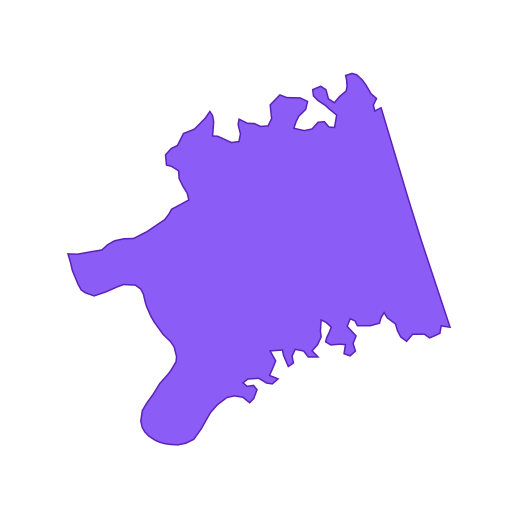 Boa Vista da Aparecida, Paraná, Brazil (Natural Earth projection), rotated 64°
{"feature_id": "56859067B44765348514460", "entity_name": "Boa Vista da Aparecida", "entity_type": "district", "adm_level": 2, "iso_a3": "BRA", "parent_name": "Brazil", "parent_adm1": "Paraná", "projection": "natural_earth1", "projection_center": [-53.421, -25.443], "detail": "fine", "context": "isolated", "style": "filled", "palette": "violet", "viewbox_px": 512, "rotation_deg": 64, "n_neighbors": 0, "source": "geoboundaries", "source_scale": "gbopen_adm2", "svg_char_len": 2437}
<svg xmlns="http://www.w3.org/2000/svg" viewBox="0 0 512 512"><g transform="rotate(64 256 256)"><path d="M405.1,112.8L314.3,100.6L271.0,94.0L177.6,78.6L177.8,85.7L171.7,84.3L167.3,78.6L160.5,81.5L150.9,82.2L144.4,83.3L137.3,86.0L134.0,89.6L133.0,96.3L137.5,97.4L143.2,99.7L147.2,102.6L149.3,111.0L152.6,118.4L146.4,122.0L137.3,120.2L131.8,123.4L131.3,132.1L137.3,134.2L143.5,132.1L151.1,127.6L155.6,125.9L164.7,121.7L174.9,129.1L172.1,133.9L165.3,135.7L163.0,141.6L166.4,149.9L164.5,157.6L157.8,166.0L152.6,160.9L149.1,156.2L146.0,147.0L139.7,141.9L133.3,147.0L127.1,158.9L121.7,163.9L126.4,177.0L139.3,181.7L144.4,188.2L141.5,195.2L136.3,199.3L132.9,205.6L125.6,211.2L129.9,214.4L139.5,216.5L145.7,221.2L143.2,228.4L131.6,237.9L129.1,242.4L117.0,235.3L110.8,233.5L105.9,234.1L110.1,241.7L115.0,255.8L114.1,267.5L122.2,278.1L122.2,284.9L125.4,293.0L135.0,296.6L138.3,292.7L145.5,288.2L152.6,291.1L161.0,291.1L169.2,290.3L176.2,291.8L177.0,311.4L180.1,315.8L183.3,322.1L186.3,343.5L186.6,358.3L182.6,367.2L180.3,376.5L180.8,384.3L183.0,392.0L180.1,401.5L176.2,415.5L171.7,424.1L180.1,425.5L188.5,427.4L203.1,428.3L209.8,428.0L214.0,425.7L220.9,419.0L222.4,407.1L223.0,393.0L223.6,387.5L229.3,377.2L235.1,374.1L240.7,373.9L248.7,375.7L253.6,376.5L264.0,376.9L270.2,376.5L285.6,373.9L295.5,370.3L301.8,369.4L311.6,371.5L316.0,374.2L321.4,382.4L323.9,387.2L328.4,398.3L335.3,409.2L340.5,419.0L345.1,425.9L353.8,431.9L360.3,433.4L365.2,433.1L370.9,431.3L377.1,427.6L381.0,424.4L385.1,419.7L388.7,414.1L391.5,409.0L393.5,401.2L393.5,392.3L387.3,380.9L382.8,374.4L376.7,365.5L372.7,355.7L370.4,344.1L372.3,336.7L377.1,329.8L385.1,326.0L383.1,320.5L376.6,313.7L371.2,315.0L369.2,321.2L364.3,323.3L363.0,317.3L367.1,307.2L374.9,302.1L378.1,297.4L376.1,290.0L369.3,296.2L363.0,288.8L358.9,284.3L347.5,284.9L352.1,273.4L357.3,274.8L369.5,275.4L368.5,269.2L361.8,267.5L357.1,261.7L362.3,254.8L369.7,253.3L373.9,244.5L365.8,247.2L362.8,239.7L357.3,232.9L351.9,231.1L342.0,225.5L346.2,222.2L352.9,219.5L356.8,223.7L360.0,227.8L363.6,231.1L368.7,227.8L372.0,219.3L374.9,214.5L382.4,219.7L387.0,215.3L385.1,208.3L377.2,207.1L371.7,201.1L359.2,204.9L353.7,198.8L357.9,195.4L363.1,195.4L365.5,190.6L368.7,184.0L370.5,174.5L366.3,170.7L363.0,165.7L369.2,165.1L378.2,160.4L385.1,161.6L392.3,161.4L398.7,158.0L395.0,149.6L400.0,139.0L405.7,135.9L406.0,130.3L406.1,124.6L400.0,120.2L405.1,112.8Z" fill="#8b5cf6" stroke="#5b21b6" stroke-width="1.5"/></g></svg>